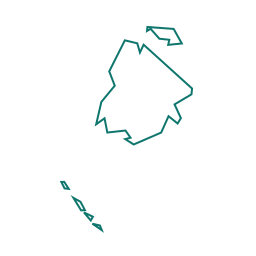 Ciego de Ávila, Equal Earth projection, rotated 9°
{"feature_id": "CUB-1363", "entity_name": "Ciego de Ávila", "entity_type": "Province", "adm_level": 1, "iso_a3": "CUB", "parent_name": "Cuba", "parent_adm1": "", "projection": "equal_earth", "projection_center": [-78.664, 21.637], "detail": "coarse", "context": "isolated", "style": "outline", "palette": "teal", "viewbox_px": 256, "rotation_deg": 9, "n_neighbors": 0, "source": "natural_earth", "source_scale": "10m", "svg_char_len": 724}
<svg xmlns="http://www.w3.org/2000/svg" viewBox="0 0 256 256"><g transform="rotate(9 128 128)"><path d="M111.2,41.9L123.9,42.9L128.0,51.6L130.4,43.3L185.1,79.0L185.4,84.8L170.3,97.4L178.7,110.0L176.3,115.8L166.2,110.0L161.5,127.3L136.2,143.4L127.0,139.4L132.0,137.2L125.9,130.9L108.3,135.7L103.3,122.1L96.0,129.3L97.6,106.4L108.3,88.3L100.6,75.0L111.2,41.9ZM155.0,34.4L145.0,34.9L134.8,26.5L131.6,29.2L131.4,25.2L157.6,23.0L167.9,36.1L154.7,39.6L155.0,34.4ZM98.3,215.9L94.6,216.7L85.0,205.5L92.6,208.3L98.3,215.9ZM107.8,228.1L115.5,228.7L118.1,233.0L107.8,228.1ZM97.7,218.3L107.2,221.1L105.7,225.2L97.7,218.3ZM70.6,191.7L73.4,191.2L79.0,197.4L74.8,197.6L70.6,191.7Z" fill="none" stroke="#0f766e" stroke-width="2"/></g></svg>